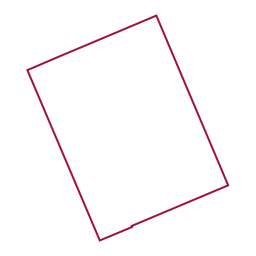 Cloud, Kansas, United States of America (Robinson projection), rotated 247°
{"feature_id": "52423323B72487446056915", "entity_name": "Cloud", "entity_type": "district", "adm_level": 2, "iso_a3": "USA", "parent_name": "United States of America", "parent_adm1": "Kansas", "projection": "robinson", "projection_center": [-97.65, 39.48], "detail": "fine", "context": "isolated", "style": "outline", "palette": "rose", "viewbox_px": 256, "rotation_deg": 247, "n_neighbors": 0, "source": "geoboundaries", "source_scale": "gbopen_adm2", "svg_char_len": 252}
<svg xmlns="http://www.w3.org/2000/svg" viewBox="0 0 256 256"><g transform="rotate(247 128 128)"><path d="M220.6,58.0L35.5,58.1L35.3,93.1L36.4,93.1L36.1,197.8L220.4,198.0L220.7,93.0L220.6,58.0Z" fill="none" stroke="#9f1239" stroke-width="2"/></g></svg>